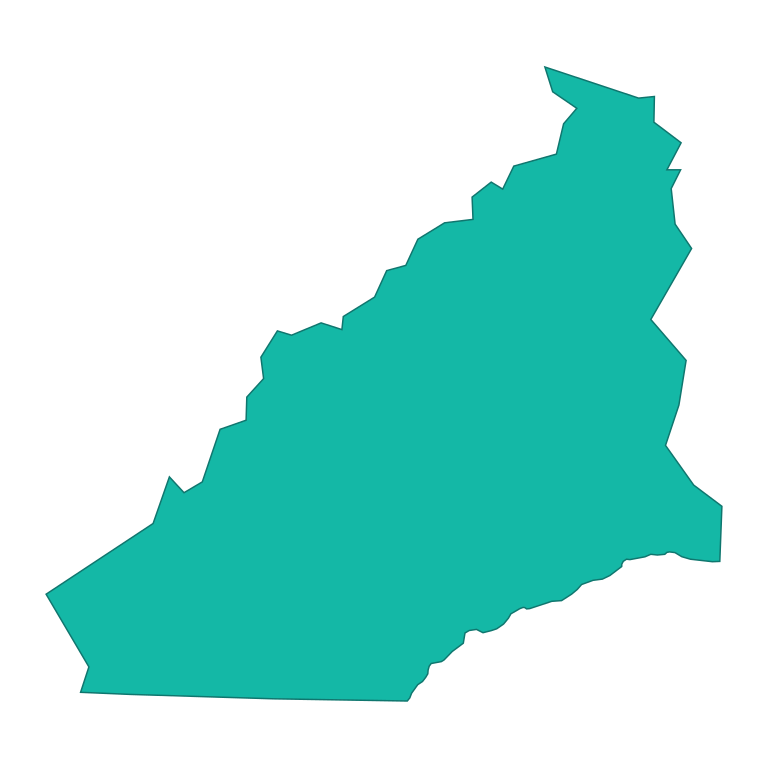 Bell, Kentucky, United States of America
{"feature_id": "52423323B3564583565128", "entity_name": "Bell", "entity_type": "district", "adm_level": 2, "iso_a3": "USA", "parent_name": "United States of America", "parent_adm1": "Kentucky", "projection": "mercator", "projection_center": [-83.631, 36.769], "detail": "fine", "context": "isolated", "style": "filled", "palette": "teal", "viewbox_px": 768, "rotation_deg": 0, "n_neighbors": 0, "source": "geoboundaries", "source_scale": "gbopen_adm2", "svg_char_len": 1348}
<svg xmlns="http://www.w3.org/2000/svg" viewBox="0 0 768 768"><path d="M80.6,692.3L130.1,694.4L273.5,698.8L407.3,701.0L409.8,697.9L411.6,693.2L417.7,684.7L422.5,681.5L425.8,677.2L427.8,673.8L428.1,670.1L429.2,666.2L431.2,663.5L441.4,661.6L444.1,659.9L452.2,651.5L463.3,643.2L465.0,633.0L469.2,630.5L476.5,629.4L483.0,632.7L491.3,630.6L496.7,628.8L503.6,624.0L508.4,618.2L510.9,613.8L519.9,608.6L523.1,607.4L524.8,607.6L526.6,608.9L529.7,608.6L551.8,601.3L561.6,600.6L571.8,594.0L577.3,589.4L581.6,584.5L593.1,580.3L602.4,579.1L609.9,575.5L621.7,566.5L621.8,564.1L623.3,561.3L626.5,559.2L629.9,559.6L645.0,556.8L650.8,554.3L657.4,555.0L664.8,554.3L666.9,552.4L669.5,551.9L675.0,552.6L681.8,556.7L690.4,559.2L712.4,561.7L719.8,561.4L721.9,506.3L693.7,485.1L665.5,445.4L678.9,405.1L686.1,360.4L650.8,319.5L691.6,248.5L675.1,224.1L671.2,188.6L680.6,169.8L666.9,169.8L681.1,142.8L653.9,122.2L654.4,96.5L638.6,98.1L544.9,67.0L552.7,91.8L576.8,108.3L563.6,123.8L556.4,154.1L513.8,166.1L502.7,189.1L491.2,182.1L472.1,197.1L473.0,219.4L444.6,222.8L417.9,239.2L405.8,265.4L386.7,270.6L374.6,297.1L343.3,316.5L341.9,329.6L321.1,322.9L291.5,335.2L277.4,330.9L260.9,357.2L263.6,378.6L246.8,397.1L246.1,420.2L220.1,429.3L202.3,481.9L184.0,492.7L169.4,476.9L153.1,523.5L46.1,594.2L88.9,666.9L80.6,692.3Z" fill="#14b8a6" stroke="#0f766e" stroke-width="1.5"/></svg>